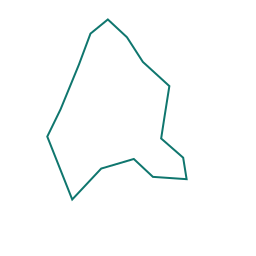 the state/province of Fgura, rotated 296°
{"feature_id": "MLT-5959", "entity_name": "Fgura", "entity_type": "state/province", "adm_level": 1, "iso_a3": "MLT", "parent_name": "Malta", "parent_adm1": "", "projection": "albers", "projection_center": [14.52, 35.867], "detail": "fine", "context": "isolated", "style": "outline", "palette": "teal", "viewbox_px": 256, "rotation_deg": 296, "n_neighbors": 0, "source": "natural_earth", "source_scale": "10m", "svg_char_len": 360}
<svg xmlns="http://www.w3.org/2000/svg" viewBox="0 0 256 256"><g transform="rotate(296 128 128)"><path d="M183.8,146.8L153.4,156.1L133.1,162.4L125.5,190.6L107.7,203.1L95.0,171.8L102.7,146.8L79.8,121.7L39.3,109.2L84.9,59.2L115.3,59.2L163.5,56.1L196.4,52.9L216.7,62.3L209.1,87.3L193.9,112.4L183.8,146.8Z" fill="none" stroke="#0f766e" stroke-width="2"/></g></svg>